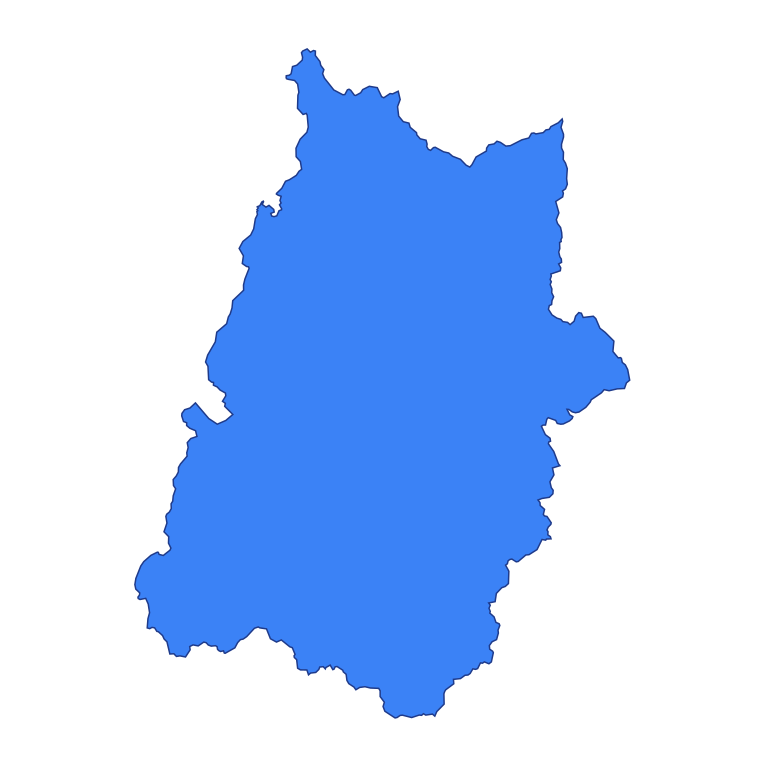 Melgar, Puno, Peru, rotated 181°
{"feature_id": "86281439B3458988471442", "entity_name": "Melgar", "entity_type": "district", "adm_level": 2, "iso_a3": "PER", "parent_name": "Peru", "parent_adm1": "Puno", "projection": "orthographic", "projection_center": [-70.684, -14.635], "detail": "fine", "context": "isolated", "style": "filled", "palette": "blue", "viewbox_px": 768, "rotation_deg": 181, "n_neighbors": 0, "source": "geoboundaries", "source_scale": "gbopen_adm2", "svg_char_len": 6121}
<svg xmlns="http://www.w3.org/2000/svg" viewBox="0 0 768 768"><g transform="rotate(181 384 384)"><path d="M628.6,174.6L624.6,170.9L624.8,168.7L626.3,166.6L626.0,165.2L624.2,164.3L618.5,165.5L615.9,159.9L614.4,151.2L615.9,145.3L616.5,136.0L614.0,135.3L611.7,136.6L609.1,136.2L606.8,132.7L605.3,132.4L601.0,128.6L599.4,125.2L596.5,122.4L593.4,110.3L589.4,110.6L586.8,108.0L583.3,108.6L577.7,107.6L573.2,114.8L573.7,118.1L570.4,119.8L565.2,118.9L559.7,122.8L557.2,122.2L555.2,120.0L552.2,118.9L547.9,119.4L546.3,118.5L545.8,115.8L544.6,114.6L542.8,113.7L539.8,114.4L539.0,112.2L538.1,112.0L528.5,117.6L525.8,122.9L523.1,125.9L520.4,126.5L516.9,129.0L509.3,137.5L505.5,138.9L503.9,138.0L497.2,137.1L493.1,127.3L487.0,124.1L482.2,126.3L473.6,119.6L471.1,118.8L468.2,112.1L469.2,110.6L468.9,109.0L466.5,106.8L465.4,98.3L462.6,96.7L456.1,96.7L454.4,91.9L452.3,93.7L447.2,94.4L444.2,97.4L443.3,99.9L439.8,100.3L437.7,98.1L437.2,99.5L432.9,102.0L430.2,97.5L429.0,98.0L427.9,100.4L426.0,100.7L420.2,97.1L419.7,95.5L416.8,93.1L415.9,87.0L414.0,83.8L408.8,80.5L406.8,77.8L403.0,80.2L397.7,81.0L392.3,79.8L384.0,79.6L382.5,77.2L382.4,71.4L378.1,65.8L379.3,61.5L377.4,56.8L367.1,50.3L365.0,50.8L362.1,52.9L359.8,53.2L350.5,51.0L343.0,53.6L340.6,53.4L338.8,55.0L336.5,53.7L329.8,54.8L327.4,52.8L325.5,57.4L318.3,65.0L318.7,75.3L318.0,77.5L317.0,79.3L309.0,85.5L309.4,89.9L302.4,90.8L297.9,94.2L294.9,94.5L292.8,96.1L290.2,100.7L287.4,100.3L285.4,101.1L282.7,106.8L280.6,106.6L278.8,107.9L274.2,106.1L271.8,108.0L270.0,117.3L270.7,118.7L273.7,120.7L274.1,124.3L271.4,128.2L267.0,130.4L265.3,137.0L265.7,139.9L264.0,144.6L264.7,146.3L267.9,147.6L269.9,153.1L274.2,156.8L273.8,158.5L275.1,161.6L273.9,164.7L275.5,166.9L269.1,168.3L268.0,176.6L262.7,182.4L259.2,183.7L256.1,186.6L255.9,199.0L259.3,205.0L257.5,206.4L256.9,209.3L255.2,210.7L253.1,211.2L248.7,208.5L246.7,208.9L239.2,215.5L236.0,215.9L228.1,221.1L223.3,231.3L219.6,230.7L218.9,231.8L214.3,232.1L215.0,234.3L217.6,236.1L217.4,239.2L218.5,240.9L217.3,243.8L214.7,246.6L214.4,248.2L218.7,254.4L221.3,254.9L222.4,256.4L221.3,261.5L225.7,265.2L226.0,268.2L228.0,270.7L224.1,272.3L216.7,273.6L213.2,277.2L213.0,280.7L214.9,283.2L216.4,289.1L212.5,296.1L214.1,303.0L206.7,305.4L208.2,307.2L213.1,319.5L218.6,327.1L218.3,328.9L216.5,329.7L217.0,332.7L221.8,336.2L225.9,344.5L224.2,345.7L221.8,345.8L220.6,351.6L219.2,353.2L211.7,350.6L210.1,347.6L206.6,346.9L204.0,347.2L197.9,350.3L195.3,352.7L194.6,354.7L197.7,356.4L200.6,361.9L198.7,361.8L195.3,359.4L192.0,358.6L188.5,359.4L181.8,364.2L177.5,369.5L176.5,371.9L166.4,379.0L163.8,382.2L158.8,381.2L150.8,383.2L143.5,383.7L141.6,389.4L138.4,392.1L140.6,402.6L143.0,407.3L146.1,409.7L147.1,413.8L148.0,414.5L150.3,414.2L155.7,420.5L154.9,430.9L163.8,439.5L169.1,443.5L173.4,453.1L175.9,455.4L186.0,454.0L187.9,458.2L190.5,458.8L193.6,455.2L195.0,450.1L199.0,446.6L201.5,448.8L206.3,449.5L208.3,451.7L212.3,452.9L217.2,456.0L220.9,461.6L220.1,465.3L217.8,466.4L217.5,470.3L215.9,474.2L217.9,478.1L217.8,482.0L219.6,486.4L218.5,489.1L219.7,491.4L218.6,494.8L219.1,496.9L209.7,500.3L209.3,503.2L211.5,507.1L208.6,508.7L208.9,512.1L210.4,514.3L211.6,519.0L210.6,522.4L210.9,528.6L209.3,529.5L209.6,531.4L208.6,533.6L209.0,538.5L210.2,543.6L213.3,547.5L214.6,551.3L212.1,558.1L215.5,569.5L208.6,574.2L208.0,577.9L208.9,580.1L205.9,582.3L204.2,586.9L205.0,592.5L204.5,602.5L206.4,608.0L208.7,611.6L208.6,618.9L210.6,623.0L210.7,626.9L208.8,634.1L208.9,636.9L211.5,643.7L209.9,649.7L210.5,652.1L214.3,648.2L221.6,644.3L223.2,641.5L226.5,640.9L229.2,638.1L236.5,636.7L238.5,637.6L240.9,637.2L243.5,632.5L250.3,630.6L261.8,624.5L266.3,624.0L271.8,627.6L275.3,628.7L278.1,626.0L283.4,624.9L285.5,621.7L285.7,618.7L295.9,612.6L299.9,604.8L302.0,602.4L305.7,604.2L311.5,610.0L319.4,612.9L323.3,616.1L328.5,617.2L336.9,621.6L338.7,621.2L341.5,618.4L343.8,619.4L345.4,622.2L345.1,624.6L346.2,628.5L352.1,629.8L355.5,633.6L355.9,635.9L362.3,641.1L363.6,645.3L369.3,646.6L374.0,652.1L375.3,661.5L372.8,668.7L374.9,677.0L380.5,674.2L383.0,674.5L389.2,670.2L391.4,671.2L395.9,680.2L403.9,681.4L410.4,678.0L412.4,674.8L417.3,672.0L418.6,672.2L422.4,677.1L424.1,678.1L425.7,677.5L428.2,672.7L430.2,672.5L439.3,677.1L448.9,688.8L450.8,693.2L449.6,697.3L452.8,701.5L453.7,705.3L458.4,711.2L458.4,715.7L460.3,716.2L463.4,714.5L466.7,717.7L471.1,715.5L472.3,713.8L471.1,709.3L471.4,706.4L476.8,701.2L481.0,699.8L482.3,692.6L484.0,691.1L487.1,690.5L487.2,688.6L486.8,687.5L485.2,687.0L478.7,685.9L475.6,682.4L474.2,674.1L475.1,671.3L475.3,658.1L469.6,652.1L466.4,653.2L465.5,651.5L464.2,639.5L465.5,634.3L472.1,627.3L476.1,618.2L475.8,609.7L471.5,605.0L470.1,597.2L472.7,595.2L475.3,591.1L482.1,586.6L486.0,585.0L489.6,577.9L494.8,572.7L494.9,572.0L493.1,570.9L490.1,569.9L491.2,565.6L490.1,563.2L491.6,561.3L489.4,557.4L489.5,556.4L492.0,555.4L494.1,550.3L496.9,549.4L499.2,550.0L500.2,552.6L496.8,554.0L497.3,556.6L502.1,560.6L505.1,558.8L508.9,561.4L507.6,564.1L507.9,564.7L509.3,563.9L511.3,560.1L514.4,558.8L513.2,558.7L512.8,557.8L514.1,556.0L513.2,555.0L514.1,554.2L513.5,551.2L515.5,547.0L517.0,536.8L519.9,530.6L527.6,524.0L531.2,517.0L526.8,509.7L527.8,502.0L523.5,499.1L521.5,498.8L520.9,497.3L524.9,486.5L526.2,480.5L526.0,475.3L536.7,464.7L537.3,457.3L539.0,451.4L540.8,448.3L542.4,441.5L552.1,432.9L553.4,423.2L560.8,409.9L562.8,402.9L560.3,398.6L559.4,385.2L556.5,382.9L554.5,382.6L554.5,379.8L550.8,378.2L547.8,375.1L542.4,372.2L542.0,369.4L545.2,363.9L542.3,361.9L542.9,358.9L534.6,350.9L541.5,344.8L550.0,340.9L558.6,346.4L572.2,361.8L577.6,356.6L582.9,354.8L585.5,351.1L585.7,348.6L583.8,343.0L580.6,341.8L580.6,339.0L577.3,336.3L571.6,334.0L570.1,328.3L576.2,326.1L579.7,321.9L578.7,317.0L580.0,311.8L579.6,308.4L586.1,300.5L588.0,297.0L588.1,292.4L590.1,288.4L593.1,284.8L592.7,278.8L590.5,275.6L592.8,268.5L593.2,263.1L594.8,260.5L594.5,255.7L596.4,252.2L599.0,250.0L599.8,247.8L598.6,241.2L601.4,232.4L596.6,227.6L596.7,221.1L594.2,216.2L595.1,214.1L601.7,208.7L605.9,209.7L606.7,211.7L607.7,211.9L614.1,208.6L621.1,202.2L624.0,197.8L628.7,185.3L629.6,179.1L628.6,174.6Z" fill="#3b82f6" stroke="#1e3a8a" stroke-width="1.5"/></g></svg>